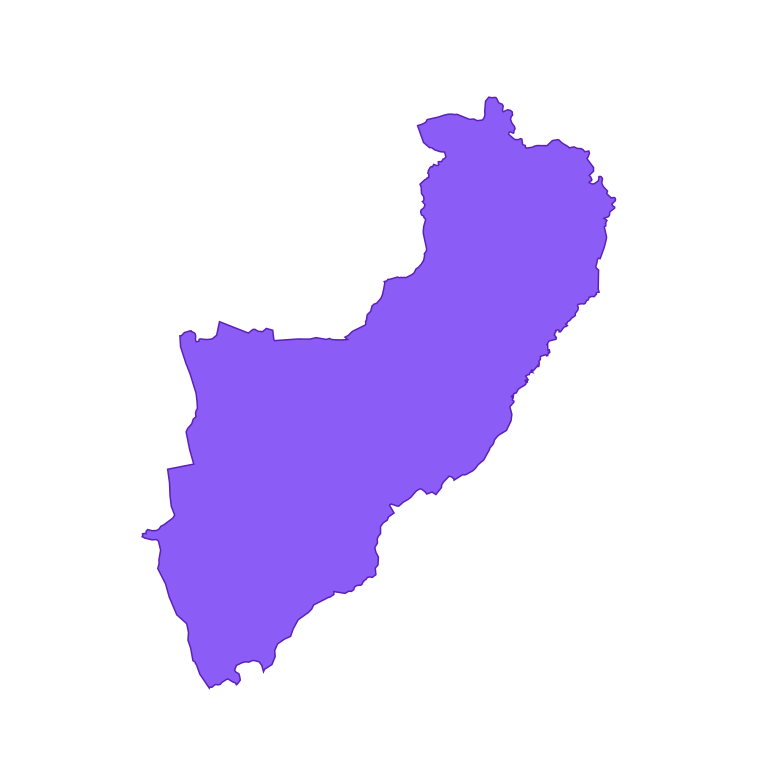 the district of Asene Akroso Manso, Eastern, Ghana, rotated 72°
{"feature_id": "2480657B68278489034036", "entity_name": "Asene Akroso Manso", "entity_type": "district", "adm_level": 2, "iso_a3": "GHA", "parent_name": "Ghana", "parent_adm1": "Eastern", "projection": "orthographic", "projection_center": [-0.832, 5.854], "detail": "fine", "context": "isolated", "style": "filled", "palette": "violet", "viewbox_px": 768, "rotation_deg": 72, "n_neighbors": 0, "source": "geoboundaries", "source_scale": "gbopen_adm2", "svg_char_len": 6170}
<svg xmlns="http://www.w3.org/2000/svg" viewBox="0 0 768 768"><g transform="rotate(72 384 384)"><path d="M489.6,656.2L506.7,653.5L520.0,654.1L539.5,652.4L551.0,645.7L559.9,646.7L567.0,649.6L575.5,649.5L588.0,651.2L590.5,649.4L591.4,649.7L593.3,649.1L603.2,648.8L619.4,644.1L618.5,643.3L619.2,641.2L617.8,638.1L617.9,636.6L618.9,634.7L619.0,632.4L617.7,630.4L616.3,625.0L616.3,623.6L620.6,619.9L622.3,617.7L624.4,617.3L623.9,615.9L621.2,612.2L617.3,611.6L614.6,611.6L612.4,613.8L610.4,614.5L608.9,613.6L606.0,611.3L605.2,604.9L605.4,601.7L606.8,598.4L606.4,595.5L606.6,593.4L609.6,588.6L613.9,587.2L620.4,587.5L618.4,585.7L616.2,577.3L609.6,571.7L603.7,570.3L598.3,565.6L595.9,557.6L595.1,550.8L588.8,546.0L581.7,538.5L577.9,526.4L575.7,522.3L572.4,519.2L569.8,503.0L570.0,501.5L568.7,496.7L565.9,495.9L571.1,485.7L570.2,481.5L571.2,479.0L570.3,476.3L568.2,475.0L567.2,472.2L568.2,468.0L567.6,466.7L566.0,465.4L565.7,464.4L565.0,464.2L564.2,461.2L562.9,459.7L563.0,457.5L564.3,454.8L562.8,450.6L556.4,449.2L554.2,445.6L546.8,442.8L541.7,443.7L536.7,443.3L533.2,439.3L529.3,438.4L526.9,436.1L525.2,433.5L518.5,431.3L515.8,427.7L514.5,423.0L511.7,420.7L509.8,414.3L501.0,416.2L500.5,415.6L500.4,414.2L504.3,409.0L504.7,407.6L502.3,402.1L501.3,397.1L500.0,393.4L495.7,386.3L494.8,382.3L495.5,380.8L499.4,378.2L501.9,377.3L501.6,371.7L505.2,368.8L500.3,361.4L497.9,360.4L495.8,358.0L491.9,350.7L492.9,348.7L495.7,346.9L497.1,347.1L494.6,337.3L495.4,335.3L495.4,333.6L493.9,326.1L492.4,323.0L489.9,319.6L487.0,312.5L478.8,303.8L477.8,303.4L474.7,298.5L471.1,295.9L468.2,291.2L466.0,281.9L458.2,274.5L452.4,271.8L444.5,271.3L441.5,266.2L440.5,265.7L438.9,266.9L437.4,265.9L435.0,266.5L434.7,265.1L435.9,264.9L433.2,263.6L433.4,261.0L430.3,257.7L428.5,250.4L428.1,249.4L426.9,248.6L426.6,247.1L425.5,246.9L425.3,248.4L424.5,248.8L424.0,247.9L424.8,246.2L424.6,245.6L420.3,246.8L419.6,244.4L420.0,243.0L418.3,241.7L418.1,240.6L418.9,239.2L417.1,240.1L416.3,239.1L417.6,238.0L414.7,233.2L415.0,232.1L414.0,232.0L414.8,231.2L412.1,229.8L410.4,229.8L409.0,227.7L406.1,226.7L406.1,221.2L406.3,220.7L407.4,220.7L407.6,219.5L406.0,218.7L405.8,217.8L404.8,217.8L405.0,216.5L402.6,216.2L402.5,217.7L397.9,216.4L396.8,216.9L396.6,215.9L395.9,215.9L394.1,213.6L394.6,206.6L393.1,205.7L390.0,206.9L389.5,206.2L388.3,205.8L387.4,204.3L386.1,204.1L386.3,201.6L387.2,201.0L388.5,201.4L388.9,200.1L385.4,195.0L385.6,192.7L385.0,191.5L383.1,192.6L382.9,191.4L381.4,189.8L381.1,187.9L379.5,185.4L378.1,181.0L375.9,180.1L373.5,176.7L371.3,175.6L369.0,175.7L368.2,174.7L368.9,170.7L369.7,169.2L369.5,167.8L367.2,165.5L367.1,163.8L364.9,162.1L365.0,158.9L365.8,157.7L365.8,156.6L365.0,156.1L364.4,154.3L363.1,154.1L362.7,153.2L363.2,151.1L359.8,150.9L341.9,144.7L339.3,146.3L337.6,146.2L334.0,143.7L332.3,143.1L330.5,141.2L331.6,139.7L322.1,132.3L314.8,127.7L313.0,126.9L302.4,125.9L302.2,124.2L300.2,123.5L299.6,123.7L297.3,121.4L294.4,123.6L294.2,118.7L293.1,117.4L290.1,116.0L288.0,110.3L287.0,109.9L285.0,111.6L283.2,111.5L281.2,107.4L280.1,106.8L278.5,106.8L277.8,107.4L277.1,110.5L271.8,113.4L269.6,111.8L264.0,114.4L261.1,114.8L259.7,114.6L256.1,112.7L254.1,113.3L253.3,114.4L253.2,115.5L256.2,116.8L257.3,118.0L258.5,122.2L258.1,124.2L255.9,126.7L255.1,126.0L254.8,123.9L254.0,123.2L251.1,123.4L249.0,124.4L246.4,119.0L242.9,117.8L232.3,121.4L231.4,120.0L228.0,117.3L225.7,117.2L225.2,121.2L222.8,122.2L221.1,123.7L219.6,127.5L217.2,130.0L216.6,134.9L215.2,135.5L209.9,140.1L205.9,142.3L205.3,143.2L204.5,148.6L207.7,155.3L204.5,164.8L204.3,167.9L204.7,169.4L203.7,175.4L202.9,176.3L200.8,175.9L199.8,177.5L198.8,178.1L193.7,177.2L192.8,178.4L193.1,180.8L191.8,184.2L185.2,188.2L183.9,187.9L183.1,186.1L185.4,183.6L185.4,183.1L183.0,181.9L181.8,180.5L179.8,180.3L175.3,181.7L171.5,181.9L169.1,180.5L168.0,178.6L164.7,178.0L162.8,179.3L161.4,181.6L161.9,186.5L160.5,186.8L156.4,184.7L154.4,185.2L152.1,187.9L146.6,188.8L145.8,189.7L145.0,193.1L143.6,195.6L146.3,200.0L155.9,204.0L159.1,204.8L161.3,206.2L163.4,208.7L162.3,214.1L159.8,216.6L158.7,220.9L150.1,231.2L149.4,234.1L148.4,235.8L147.3,239.4L146.9,243.0L146.9,249.8L145.9,261.3L147.7,263.1L148.3,264.7L148.8,268.6L148.6,272.2L166.5,271.8L173.3,267.6L174.0,265.6L176.8,263.7L180.4,258.8L182.2,254.7L187.1,254.9L188.3,256.7L188.5,258.6L190.2,260.3L189.4,263.6L191.0,264.2L192.2,264.0L192.7,264.8L192.7,266.1L190.5,268.9L192.4,270.7L191.8,272.0L192.6,273.5L194.8,275.9L195.7,276.1L196.8,277.2L198.7,276.5L200.6,277.6L201.5,277.6L201.4,279.5L202.2,280.3L202.2,281.7L205.1,288.0L208.1,287.8L214.6,289.5L218.2,288.3L221.1,289.1L222.1,289.9L222.3,291.1L226.1,289.6L228.6,291.5L230.1,295.1L231.8,296.0L234.7,296.1L236.7,294.3L238.0,294.6L240.3,293.5L246.6,297.6L250.4,299.3L253.1,300.1L268.8,301.7L270.7,302.8L272.6,305.4L274.3,305.7L278.4,307.9L281.4,311.3L283.7,315.2L284.6,318.2L287.6,321.0L288.6,323.7L289.6,330.4L288.8,331.8L288.5,333.9L287.8,334.7L287.7,336.6L286.5,337.9L286.2,346.3L285.7,347.9L286.9,349.7L286.6,352.0L286.8,352.3L287.7,351.8L293.9,355.1L298.6,357.9L301.6,360.5L305.0,366.2L304.9,368.5L306.1,371.3L310.7,374.1L312.9,378.5L318.0,381.1L318.7,382.1L321.3,382.8L322.1,383.6L324.2,397.8L326.8,403.1L327.4,406.7L330.5,404.9L328.8,411.3L326.6,417.6L325.3,420.3L323.8,421.8L323.8,425.0L318.9,434.3L318.4,440.6L314.6,452.0L308.9,474.7L308.0,475.1L298.5,473.2L294.8,478.7L296.7,483.3L294.9,487.5L292.1,489.9L291.6,491.8L293.6,497.3L273.9,521.2L285.9,528.1L287.8,532.9L287.9,534.5L286.9,538.9L284.3,544.9L284.4,546.0L286.1,546.9L285.9,549.5L283.5,549.6L280.0,548.2L277.9,548.1L276.7,548.6L274.4,551.1L274.0,550.9L273.5,552.2L273.4,557.9L275.5,561.8L275.1,563.2L285.9,566.0L302.7,566.0L314.8,565.3L334.8,565.6L342.4,567.1L349.6,569.0L351.2,570.8L353.4,572.2L357.1,573.0L358.4,576.2L362.4,579.1L365.6,584.4L368.4,587.0L386.3,589.1L401.4,589.7L398.2,616.1L411.6,618.5L424.5,622.1L434.5,624.1L444.1,623.6L446.3,626.4L449.8,636.6L450.4,640.2L452.3,642.6L453.1,645.3L451.9,649.9L449.4,653.7L450.5,655.7L452.8,656.6L452.1,657.8L451.9,660.0L453.9,660.5L454.5,661.2L456.7,659.0L460.6,652.7L461.5,649.0L462.5,647.6L464.2,647.1L473.0,647.8L481.5,652.3L485.3,653.4L489.6,656.2Z" fill="#8b5cf6" stroke="#5b21b6" stroke-width="1.5"/></g></svg>